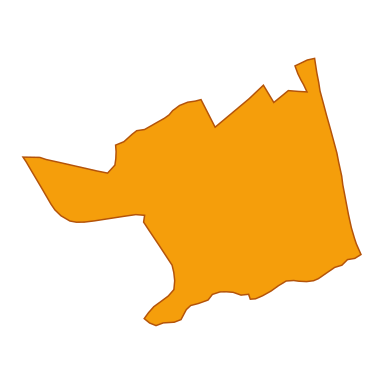 the district of Makadara, Nairobi, Kenya
{"feature_id": "3690345B46803652809232", "entity_name": "Makadara", "entity_type": "district", "adm_level": 2, "iso_a3": "KEN", "parent_name": "Kenya", "parent_adm1": "Nairobi", "projection": "albers", "projection_center": [36.866, -1.295], "detail": "fine", "context": "isolated", "style": "filled", "palette": "amber", "viewbox_px": 384, "rotation_deg": 0, "n_neighbors": 0, "source": "geoboundaries", "source_scale": "gbopen_adm2", "svg_char_len": 1469}
<svg xmlns="http://www.w3.org/2000/svg" viewBox="0 0 384 384"><path d="M341.7,176.1L338.6,161.9L336.9,153.1L330.6,129.8L328.9,123.7L326.5,115.2L322.5,100.2L320.0,90.9L318.7,82.4L316.8,72.7L314.6,58.4L307.3,60.0L295.0,65.9L297.9,73.8L301.0,80.1L303.6,84.7L307.0,91.9L298.2,91.4L288.3,90.6L273.8,102.5L263.4,85.2L248.8,99.0L215.1,127.2L201.0,99.6L195.3,101.1L187.7,102.2L179.5,105.5L172.6,110.7L169.1,114.9L164.5,118.2L158.1,121.8L151.3,125.7L144.6,129.5L136.7,130.7L132.1,134.3L123.9,141.7L115.6,145.1L116.1,151.6L115.8,158.8L114.9,165.1L107.6,173.1L96.1,170.8L58.8,162.3L46.1,159.5L39.8,157.4L23.0,157.1L26.2,161.9L31.4,170.8L36.5,179.4L41.6,188.0L50.9,204.0L54.9,209.9L61.0,215.8L69.9,221.0L76.4,222.2L84.3,222.1L94.2,220.9L104.5,219.3L123.4,216.4L135.8,214.6L144.6,215.3L143.6,222.1L149.4,230.9L159.2,245.5L167.9,258.8L172.1,265.2L173.8,272.5L174.7,280.7L173.9,289.6L168.3,296.0L162.4,300.4L153.8,306.7L148.5,312.7L144.2,318.6L149.6,323.0L156.0,325.6L163.3,322.9L174.3,322.2L181.0,319.6L186.3,309.6L190.7,305.5L198.4,303.5L208.1,300.0L212.4,294.4L220.0,291.9L226.5,291.8L233.1,292.3L241.0,295.1L248.6,294.3L250.3,299.2L255.5,298.8L262.5,295.8L271.1,291.0L278.6,285.6L286.2,281.0L293.7,280.5L298.7,281.2L306.6,281.6L313.6,280.7L318.3,278.7L327.1,272.6L334.7,267.4L341.9,265.2L347.5,259.6L354.8,258.4L361.0,254.5L356.3,243.8L354.4,238.1L351.4,227.9L349.8,220.7L348.4,214.3L344.4,193.2L342.8,184.9L341.7,176.1Z" fill="#f59e0b" stroke="#b45309" stroke-width="1.5"/></svg>